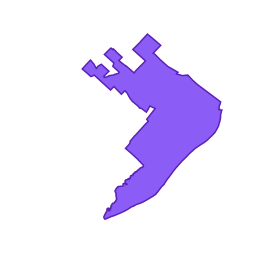 Río Lagartos, Yucatán, Mexico (Equal Earth projection), rotated 127°
{"feature_id": "50627088B51809073979104", "entity_name": "Río Lagartos", "entity_type": "district", "adm_level": 2, "iso_a3": "MEX", "parent_name": "Mexico", "parent_adm1": "Yucatán", "projection": "equal_earth", "projection_center": [-87.983, 21.517], "detail": "fine", "context": "isolated", "style": "filled", "palette": "violet", "viewbox_px": 256, "rotation_deg": 127, "n_neighbors": 0, "source": "geoboundaries", "source_scale": "gbopen_adm2", "svg_char_len": 5240}
<svg xmlns="http://www.w3.org/2000/svg" viewBox="0 0 256 256"><g transform="rotate(127 128 128)"><path d="M62.4,171.4L63.9,154.4L77.1,156.2L80.3,156.3L79.6,166.9L79.8,166.9L79.8,171.4L79.6,175.9L75.0,175.3L74.3,183.2L74.0,183.9L73.7,187.5L74.6,187.5L74.4,189.7L75.6,190.0L83.5,191.1L84.6,178.5L86.0,177.8L86.7,177.6L87.5,177.4L87.9,177.2L88.0,175.9L88.7,168.7L89.1,168.5L90.5,168.8L91.2,169.4L91.7,169.8L92.0,169.9L92.7,170.4L93.2,171.0L94.1,171.3L94.8,171.7L95.3,172.4L95.7,172.8L96.0,173.0L97.0,174.1L97.3,174.3L98.5,175.1L99.1,175.1L99.7,175.5L101.8,177.4L101.4,178.4L94.1,177.4L93.2,187.7L95.7,188.8L97.3,189.2L98.6,189.2L99.1,188.9L99.4,189.0L99.3,189.3L98.8,190.9L97.4,193.9L97.3,194.8L97.1,195.4L97.1,196.0L96.6,197.2L96.4,198.1L96.4,198.9L108.4,200.1L108.6,197.6L108.9,192.6L109.3,188.8L108.7,188.2L107.6,187.5L106.9,187.2L106.1,186.8L108.2,164.8L103.4,164.2L105.0,153.6L100.1,152.9L100.7,149.5L102.1,146.6L103.2,143.9L104.1,140.6L104.1,140.4L104.2,139.8L104.2,138.1L104.3,136.2L104.4,133.7L104.6,133.0L104.5,132.7L104.6,132.0L105.0,131.5L105.0,130.4L104.3,129.2L104.3,122.9L101.5,123.1L97.3,123.8L96.1,118.0L109.8,118.3L110.5,115.7L112.7,116.2L116.7,116.6L129.2,117.7L129.9,117.9L131.0,118.0L134.9,118.2L137.2,118.4L139.1,117.3L140.8,117.3L145.8,117.7L146.3,109.5L147.2,100.8L147.4,100.4L148.4,93.7L149.3,92.6L150.0,92.8L150.1,93.0L150.1,92.9L150.6,93.0L150.7,92.9L150.8,93.1L151.0,93.1L151.2,93.3L151.5,93.5L152.3,93.9L152.5,94.1L152.8,94.1L153.1,94.0L153.5,94.2L153.8,94.0L154.0,94.2L154.3,94.4L154.6,94.5L154.8,94.4L155.0,94.4L155.1,94.5L155.3,94.5L155.7,94.8L156.0,95.0L156.5,95.0L156.8,94.6L157.0,94.6L157.7,95.0L157.9,94.9L158.0,94.9L158.2,95.1L158.3,95.4L158.6,95.8L158.9,95.8L159.0,95.8L159.3,95.9L159.5,95.8L159.9,95.8L160.1,95.6L160.3,96.0L160.6,96.1L160.8,96.0L161.0,96.1L161.3,95.9L161.6,96.0L161.8,96.2L162.0,96.0L162.5,95.9L162.7,96.0L162.9,95.7L163.2,96.1L163.3,96.0L163.5,96.4L163.8,96.6L164.2,96.7L164.5,97.0L164.7,96.9L165.0,97.0L165.1,96.9L165.3,96.8L165.5,96.7L165.7,96.4L166.0,96.6L166.5,96.5L166.8,96.2L167.0,96.0L167.4,96.6L167.8,96.7L168.3,97.3L168.6,97.4L168.8,97.3L169.1,97.3L169.0,97.2L168.9,97.2L168.7,96.6L168.5,96.4L168.3,96.4L168.3,96.5L168.4,96.3L168.5,96.3L168.6,96.5L169.1,97.2L169.4,97.2L169.6,97.5L170.3,98.2L170.7,98.4L171.2,98.6L171.6,98.6L172.3,98.4L172.4,98.2L172.8,97.9L173.2,97.5L173.3,97.0L173.6,96.2L173.5,95.8L173.4,95.5L173.4,95.1L173.5,95.0L173.7,94.9L174.1,95.1L174.4,95.4L174.4,95.6L173.9,96.0L173.9,96.3L174.0,96.7L174.4,97.5L175.1,98.2L175.4,98.3L175.7,98.3L175.9,98.2L176.2,97.7L176.4,97.5L177.0,97.1L177.4,97.2L177.9,97.5L178.7,98.5L180.6,100.5L181.3,100.8L181.7,100.9L182.0,100.7L182.2,100.9L182.5,100.9L183.6,100.7L184.0,100.9L184.1,100.7L184.3,100.6L184.9,100.7L185.1,100.6L185.3,100.6L185.9,100.6L186.2,100.4L186.6,100.0L186.7,99.5L187.2,98.9L187.3,98.5L187.6,97.7L188.2,97.6L188.7,97.4L189.2,96.7L189.5,96.5L190.1,96.1L190.4,95.4L190.8,95.1L191.0,94.8L191.4,94.7L191.7,94.2L193.7,94.0L193.9,93.8L193.9,93.7L194.0,93.7L194.2,93.8L194.7,93.9L195.2,94.1L195.6,93.9L196.4,94.0L196.9,94.6L197.2,94.7L197.3,94.8L197.5,94.9L197.8,94.9L198.1,95.0L198.9,94.7L199.3,94.8L199.8,94.7L200.1,94.8L200.6,94.6L200.8,94.3L200.7,94.2L200.8,94.1L200.8,93.9L201.5,94.0L201.9,94.0L202.2,93.9L202.6,93.6L203.1,93.7L203.2,94.0L203.3,94.0L203.3,93.7L203.5,93.9L203.5,93.7L203.7,93.8L204.0,93.7L204.1,93.8L204.1,94.0L203.8,94.3L203.6,94.4L203.6,94.8L203.7,95.2L203.9,95.5L204.4,95.8L204.6,96.0L205.3,96.0L205.8,95.8L206.1,95.5L206.2,95.4L205.8,95.3L205.8,94.9L205.6,94.9L205.7,94.4L205.4,94.4L205.1,93.8L205.1,93.5L204.8,93.4L204.8,93.5L204.7,93.5L204.8,93.6L204.7,93.8L204.6,93.4L204.5,93.6L204.4,93.6L204.4,93.3L204.5,93.2L205.1,93.2L205.5,93.5L206.2,95.0L208.1,94.9L211.5,94.3L213.2,93.9L214.0,93.4L214.2,93.0L214.5,92.5L214.7,91.5L213.8,91.0L213.4,90.6L213.1,90.6L211.9,89.9L210.9,89.2L210.6,89.1L210.0,88.7L209.7,88.7L206.3,86.3L199.9,82.6L195.9,80.5L192.2,78.9L191.4,78.6L191.0,78.5L190.9,78.5L190.6,78.3L190.0,78.3L188.5,77.5L187.1,76.5L186.8,76.5L186.4,76.2L186.0,76.1L185.8,76.1L184.6,75.5L184.1,75.3L181.5,73.5L178.9,71.9L174.5,69.9L168.9,67.6L167.7,67.1L166.8,66.8L164.1,65.9L163.9,65.9L163.8,66.1L162.4,65.9L161.8,65.9L161.0,65.8L160.9,65.9L160.4,65.8L160.0,65.9L159.6,65.8L158.6,65.9L156.4,65.8L154.7,65.8L152.4,65.5L152.1,65.3L151.4,65.3L150.9,65.3L150.0,65.5L148.6,65.6L145.5,65.8L142.0,65.7L140.1,65.8L138.6,65.7L136.1,65.8L130.9,65.7L129.1,65.5L127.8,65.5L121.5,64.9L118.0,64.3L113.8,63.8L112.6,63.7L110.8,63.4L104.5,62.2L102.2,61.5L97.2,59.8L96.3,59.4L93.6,58.4L90.8,57.6L88.9,57.2L86.4,56.9L83.8,56.4L79.7,55.9L77.4,56.1L73.2,56.7L71.3,57.2L70.9,57.3L70.0,57.8L68.7,58.3L68.0,58.4L66.3,59.2L66.0,59.4L65.6,59.5L63.7,60.5L63.3,61.0L61.6,62.0L59.0,63.2L57.8,63.7L57.2,63.8L58.4,65.6L58.5,66.5L58.3,66.6L58.1,66.4L57.9,66.3L57.7,66.4L57.8,66.7L57.6,67.1L56.7,67.8L55.8,68.1L54.9,68.6L54.6,68.6L54.2,68.8L54.0,68.7L53.2,68.9L52.3,69.4L51.4,69.7L51.5,99.0L50.9,105.4L49.7,112.1L50.5,112.2L50.5,112.6L50.7,113.3L51.4,114.0L53.2,115.8L53.6,116.4L54.2,118.4L54.8,119.4L55.0,120.2L55.4,121.0L55.6,121.9L53.4,121.6L54.9,133.2L54.0,144.0L53.0,150.3L53.0,152.9L42.3,151.6L41.8,159.1L41.3,169.0L51.1,170.0L51.8,169.9L62.4,171.4Z" fill="#8b5cf6" stroke="#5b21b6" stroke-width="1.5"/></g></svg>